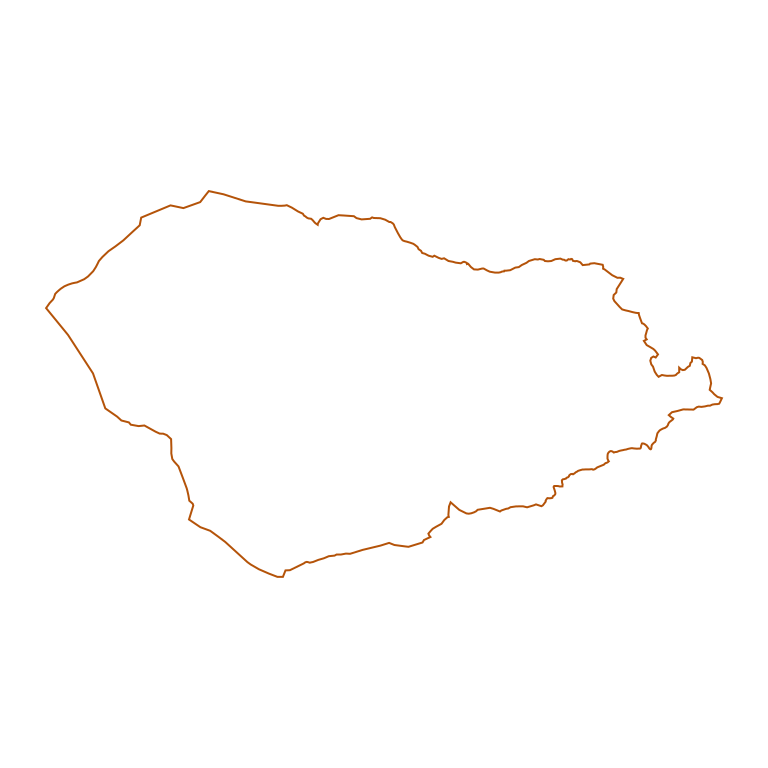 the district of Poiana Vadului, Alba, Romania
{"feature_id": "2599482B80171026401494", "entity_name": "Poiana Vadului", "entity_type": "district", "adm_level": 2, "iso_a3": "ROU", "parent_name": "Romania", "parent_adm1": "Alba", "projection": "orthographic", "projection_center": [22.883, 46.405], "detail": "fine", "context": "isolated", "style": "outline", "palette": "amber", "viewbox_px": 768, "rotation_deg": 0, "n_neighbors": 0, "source": "geoboundaries", "source_scale": "gbopen_adm2", "svg_char_len": 5986}
<svg xmlns="http://www.w3.org/2000/svg" viewBox="0 0 768 768"><path d="M693.6,409.6L695.2,408.4L696.8,407.2L698.8,406.6L701.4,406.9L705.0,406.4L707.8,405.7L710.0,405.7L712.3,404.6L714.8,404.2L717.5,404.1L719.2,403.7L720.1,402.0L721.9,398.2L717.5,396.9L714.2,394.2L712.5,392.3L709.7,389.8L710.4,386.5L711.1,383.4L710.4,379.2L708.9,373.5L706.5,367.9L704.8,365.3L702.6,363.9L702.8,361.9L702.2,360.0L699.3,357.9L698.1,357.7L696.0,358.2L692.3,357.3L691.9,361.6L690.4,363.0L689.8,365.8L687.9,366.9L686.0,368.7L684.8,369.8L682.8,370.1L680.9,369.3L679.2,367.7L679.2,372.3L678.0,373.0L676.9,373.8L676.1,374.8L674.6,375.5L672.6,375.7L666.9,375.8L664.5,375.5L661.9,375.0L660.4,375.8L658.6,376.8L656.8,374.9L654.7,371.6L653.0,366.6L651.3,364.4L650.3,360.7L651.2,357.9L653.4,356.5L655.7,357.5L658.0,354.4L655.1,350.6L653.4,349.0L649.9,346.9L646.7,345.1L643.9,340.9L646.7,339.4L645.5,337.7L645.5,335.4L646.1,333.4L647.0,330.1L647.8,328.5L645.9,326.0L644.4,324.5L643.3,323.7L642.0,323.3L640.0,317.9L639.0,314.9L638.7,313.0L637.4,313.0L635.7,312.8L632.5,312.1L628.4,311.0L625.6,310.4L622.1,309.4L619.6,306.9L614.4,301.1L613.2,298.6L613.7,295.0L616.3,292.5L616.7,289.1L623.2,278.9L620.2,277.7L617.4,277.8L612.2,275.2L604.6,269.4L603.1,268.7L603.2,266.8L602.7,264.8L599.6,264.2L594.3,263.2L590.2,263.6L589.4,264.4L582.7,265.1L580.3,262.3L577.2,261.1L576.0,261.0L575.3,261.3L572.9,260.8L572.2,259.2L571.1,258.9L570.4,259.4L569.0,259.4L568.4,259.2L566.8,260.5L565.3,260.5L564.3,259.8L562.6,259.6L560.4,258.6L555.3,259.2L551.3,261.0L548.0,261.3L544.9,261.0L543.7,259.8L539.6,259.0L537.9,259.5L534.8,259.2L528.9,261.0L526.5,262.8L521.8,265.0L518.8,267.1L515.3,267.6L510.2,270.2L505.9,270.7L504.4,270.7L504.2,271.3L501.9,271.6L500.7,272.2L498.7,272.6L495.0,272.6L489.8,271.7L487.0,270.4L483.6,268.5L482.3,268.5L477.9,269.6L474.0,269.4L470.9,267.0L468.2,263.8L467.0,264.1L466.8,262.9L464.6,261.9L463.3,261.9L460.8,263.3L455.6,262.6L452.9,261.8L448.5,261.0L444.1,258.3L441.6,258.9L438.7,257.9L434.3,255.7L432.7,256.8L428.6,255.7L424.8,253.7L422.2,253.0L421.0,250.8L418.6,249.2L417.5,246.9L414.8,244.8L413.3,243.8L410.2,242.7L406.9,241.7L404.8,241.2L403.1,240.6L402.0,239.7L400.3,237.3L399.1,235.2L397.9,233.1L396.3,230.0L394.8,227.1L393.8,224.5L392.7,223.3L390.6,222.0L389.3,222.0L385.2,219.7L380.3,218.2L373.8,218.0L372.1,217.4L370.1,218.8L361.6,219.4L356.5,218.1L353.9,216.2L343.7,215.5L338.5,215.2L329.0,219.0L326.0,218.9L323.3,217.8L320.6,219.2L317.9,223.4L317.7,224.8L315.4,223.2L314.4,222.2L312.8,220.3L311.2,218.8L309.3,218.5L308.4,218.4L306.8,217.6L305.4,216.4L304.1,215.7L302.8,213.7L298.1,211.5L291.8,207.6L286.8,205.2L284.8,205.6L281.5,205.8L278.2,205.8L252.5,202.3L245.7,201.4L223.6,194.3L208.8,191.1L205.3,195.5L200.2,202.1L183.4,208.1L174.4,206.2L170.5,205.4L141.2,217.6L139.7,225.3L132.8,231.6L130.1,234.1L123.3,240.4L115.4,246.4L108.5,251.2L102.4,257.0L98.9,261.0L97.6,263.7L95.9,267.0L93.2,271.2L88.0,276.5L84.2,279.2L77.0,282.4L74.7,282.8L72.0,283.4L68.3,284.6L64.4,286.3L60.8,288.7L58.9,290.3L56.9,292.1L55.2,293.9L53.8,298.1L52.9,299.6L49.6,303.1L46.1,308.1L68.0,334.9L93.0,373.4L105.3,408.4L117.1,416.6L121.4,420.5L128.9,422.4L130.8,424.7L138.6,426.1L144.4,425.5L155.6,431.7L159.7,433.6L163.2,433.7L166.8,435.1L171.1,439.1L171.4,448.1L171.3,453.4L172.3,459.0L174.1,461.5L178.5,466.4L183.0,478.3L186.7,488.3L187.3,490.5L188.4,495.3L189.3,500.7L192.7,503.7L193.3,505.5L189.0,519.5L200.4,527.2L210.2,530.8L218.3,536.7L225.2,541.9L247.4,562.1L250.7,564.5L258.8,569.2L268.9,573.6L277.5,576.9L282.9,576.9L285.5,570.4L289.9,570.2L303.8,563.4L305.3,562.3L306.8,561.9L307.9,562.1L309.8,562.7L311.0,562.4L313.0,562.0L318.3,559.9L323.8,558.3L326.2,557.3L328.8,556.2L334.6,555.6L336.6,554.5L341.1,554.5L345.9,553.6L350.1,553.8L362.6,549.9L380.5,545.6L389.1,542.9L394.4,545.0L405.8,546.5L408.5,546.8L422.5,542.5L424.0,540.0L430.4,537.0L429.1,535.4L428.4,533.6L431.0,530.6L432.7,528.8L436.0,526.8L441.5,523.8L444.3,520.0L447.4,517.2L448.8,516.9L448.5,515.9L448.4,514.7L449.0,506.5L450.6,502.3L459.3,509.9L466.4,513.4L468.7,513.7L471.2,513.3L474.1,512.3L476.2,511.2L477.6,509.8L490.0,507.8L493.3,508.8L500.0,511.5L501.3,510.5L506.2,508.8L508.2,508.5L510.5,507.2L516.0,506.4L522.9,506.3L527.1,507.3L533.8,505.3L536.0,504.4L541.4,506.2L542.9,505.3L545.7,501.6L545.6,500.8L546.3,499.5L547.4,498.1L549.5,498.3L551.5,498.1L552.4,497.8L553.0,496.2L554.2,495.5L555.2,494.3L555.4,493.1L554.8,490.7L554.1,488.6L553.6,487.0L554.2,486.0L555.8,486.0L557.0,486.0L558.3,486.1L559.8,486.5L562.4,486.4L562.4,486.0L562.6,484.4L562.1,482.8L562.0,481.7L561.9,480.3L562.7,479.4L564.6,479.0L566.1,478.5L566.5,477.8L568.1,477.2L568.9,476.4L569.2,475.4L570.1,474.6L570.8,474.1L572.3,473.9L573.0,474.3L574.6,473.3L575.7,472.3L577.1,471.6L578.0,470.9L579.8,470.3L582.6,469.5L584.1,469.5L585.7,469.4L587.3,469.4L589.2,469.4L591.3,469.2L592.1,469.2L593.1,469.7L594.6,469.3L596.1,468.3L597.2,467.4L600.1,466.2L602.3,465.3L603.8,464.7L604.8,463.7L605.6,463.1L606.7,462.8L607.7,462.3L608.8,461.3L608.3,460.7L607.9,459.6L607.5,458.7L607.5,457.6L607.5,456.6L607.6,454.8L607.9,453.5L608.6,452.5L609.5,451.6L610.6,451.1L611.7,451.2L612.8,451.7L613.7,452.5L614.0,452.5L614.9,452.1L616.9,451.9L618.1,451.4L619.3,450.9L621.0,450.5L623.1,450.1L624.2,449.8L626.2,449.5L628.0,448.9L629.8,448.5L631.4,448.2L632.3,448.2L633.5,448.4L634.6,448.5L636.8,448.7L638.6,448.6L639.8,448.6L640.4,448.4L640.8,447.7L641.0,446.8L641.1,445.8L641.5,444.8L641.8,443.8L642.2,443.4L643.2,443.5L644.2,443.7L645.0,444.1L645.9,444.6L646.8,445.1L647.5,445.9L648.3,446.8L648.8,447.7L649.5,448.6L650.1,449.1L650.7,449.3L651.0,449.1L651.3,448.4L651.5,447.0L651.5,446.1L651.9,444.9L652.8,443.8L653.9,442.7L655.2,441.8L655.5,441.1L655.9,440.3L655.8,439.5L656.7,436.4L657.2,434.1L657.4,433.3L658.9,431.3L659.7,430.4L661.3,429.4L663.1,428.5L665.0,427.9L666.9,426.6L668.0,424.9L668.3,423.8L669.0,422.6L669.9,421.7L671.4,420.6L672.9,419.4L673.3,418.6L670.7,416.8L668.8,415.1L672.0,412.2L677.4,411.0L683.2,409.4L693.6,409.6Z" fill="none" stroke="#b45309" stroke-width="2"/></svg>